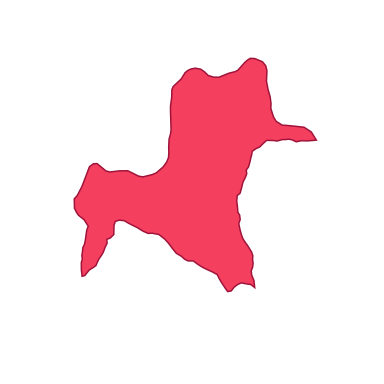 outline of Florínea, São Paulo, Brazil, rotated 156°
{"feature_id": "56859067B78731912256426", "entity_name": "Florínea", "entity_type": "district", "adm_level": 2, "iso_a3": "BRA", "parent_name": "Brazil", "parent_adm1": "São Paulo", "projection": "natural_earth1", "projection_center": [-50.688, -22.869], "detail": "fine", "context": "isolated", "style": "filled", "palette": "rose", "viewbox_px": 384, "rotation_deg": 156, "n_neighbors": 0, "source": "geoboundaries", "source_scale": "gbopen_adm2", "svg_char_len": 2214}
<svg xmlns="http://www.w3.org/2000/svg" viewBox="0 0 384 384"><g transform="rotate(156 192 192)"><path d="M326.7,159.7L323.9,159.3L321.0,160.8L317.4,162.6L312.8,163.2L309.6,163.9L307.1,166.3L303.8,169.0L299.9,171.3L297.3,173.3L293.8,176.9L290.4,179.7L289.1,183.4L285.4,183.2L280.7,185.0L276.9,193.1L274.1,196.3L270.0,195.9L265.5,193.3L262.7,189.3L260.2,186.2L256.6,181.9L252.5,175.9L248.9,172.0L245.1,170.5L239.5,166.6L236.0,159.9L234.4,155.1L233.0,148.9L231.3,142.5L227.8,137.5L226.2,133.8L223.7,130.7L218.8,128.5L216.6,124.4L213.5,119.6L210.7,116.1L205.8,110.6L202.5,106.2L202.4,102.0L201.8,96.9L200.7,90.2L199.9,86.5L196.3,85.7L192.4,87.8L188.3,88.9L183.9,88.9L178.9,85.4L175.8,83.5L173.6,79.2L171.4,85.9L171.3,91.8L169.9,96.0L167.3,98.5L165.2,102.0L164.1,105.7L162.3,109.2L162.0,113.2L163.0,120.4L163.9,124.7L164.5,128.7L164.2,133.2L163.4,138.2L162.1,144.2L159.2,147.2L157.9,151.4L158.3,154.9L156.6,159.7L154.9,165.3L152.2,170.3L148.6,171.3L145.1,175.5L141.5,180.2L137.6,183.4L134.7,186.2L133.4,190.1L130.3,191.8L127.4,195.2L124.8,198.7L122.5,201.5L120.4,204.7L115.8,205.6L111.9,205.6L107.9,207.1L102.9,208.8L99.1,207.1L96.1,205.6L93.4,203.9L88.4,203.2L85.8,202.1L81.9,200.8L79.1,198.7L76.4,195.5L71.4,194.4L65.9,191.8L61.7,190.3L57.3,188.8L58.6,198.3L63.3,205.6L71.7,210.5L77.5,213.8L82.5,216.5L86.4,222.4L87.0,227.6L86.0,236.3L83.9,240.5L81.9,247.1L80.8,254.9L78.9,263.0L74.2,272.3L73.3,277.3L74.7,282.4L80.4,288.4L84.4,290.4L87.4,290.0L91.1,288.9L100.5,284.6L103.6,284.4L109.9,285.5L120.7,285.9L125.6,288.2L129.8,291.9L131.6,296.5L134.1,300.7L138.7,303.8L142.9,304.8L146.6,304.7L149.8,303.8L155.8,299.7L166.3,296.0L168.8,293.6L172.2,286.5L176.6,279.4L179.1,273.8L185.8,257.4L188.0,253.8L191.4,249.7L195.0,242.6L196.9,237.9L199.4,233.1L202.9,229.7L208.0,226.7L216.8,224.0L221.6,224.1L230.7,225.8L234.3,228.2L242.0,237.5L249.3,240.7L258.9,243.7L262.1,246.3L267.2,256.6L270.7,257.9L275.4,256.8L287.1,245.0L290.4,241.7L298.2,235.5L302.4,233.6L304.3,228.9L306.0,225.0L305.8,220.4L305.2,217.0L301.8,210.4L300.7,203.0L303.8,199.8L307.0,194.6L309.3,191.0L311.6,187.9L314.3,185.6L316.3,182.1L318.4,178.9L319.6,175.2L321.8,172.6L324.8,165.7L326.7,159.7Z" fill="#f43f5e" stroke="#9f1239" stroke-width="1.5"/></g></svg>